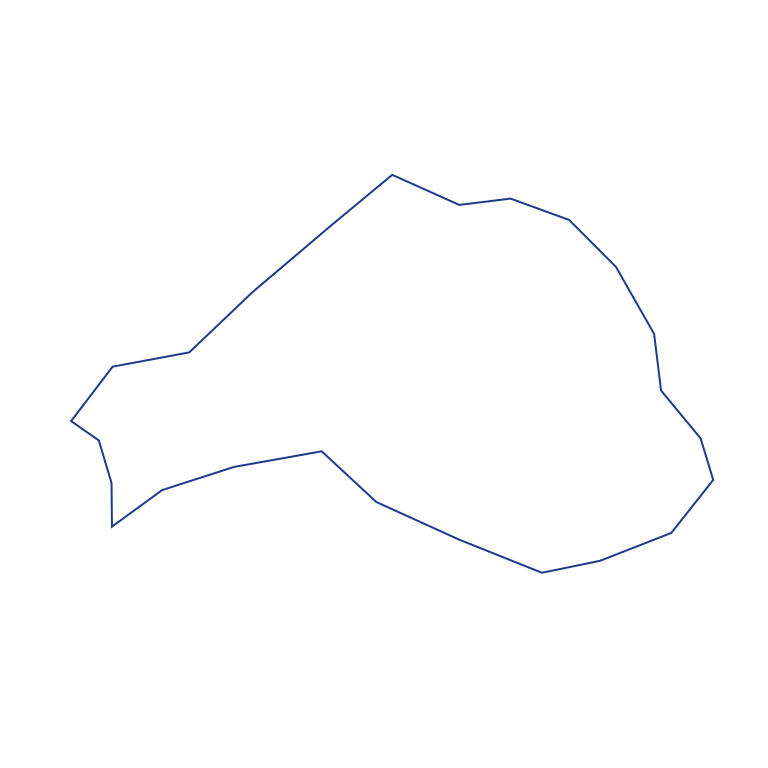 map outline of Miskolc (Equal Earth projection), rotated 353°
{"feature_id": "HUN-4922", "entity_name": "Miskolc", "entity_type": "Urban county", "adm_level": 1, "iso_a3": "HUN", "parent_name": "Hungary", "parent_adm1": "", "projection": "equal_earth", "projection_center": [20.688, 48.113], "detail": "fine", "context": "isolated", "style": "outline", "palette": "blue", "viewbox_px": 768, "rotation_deg": 353, "n_neighbors": 0, "source": "natural_earth", "source_scale": "10m", "svg_char_len": 474}
<svg xmlns="http://www.w3.org/2000/svg" viewBox="0 0 768 768"><g transform="rotate(353 384 384)"><path d="M96.6,492.4L101.5,449.2L94.1,405.3L68.9,382.7L116.8,333.7L194.5,328.9L264.8,276.7L351.0,220.1L417.6,177.4L480.5,215.4L532.2,215.4L587.8,243.8L628.5,296.0L658.2,367.2L658.2,424.2L691.6,476.5L699.1,519.3L651.0,566.8L576.9,585.8L517.7,590.6L439.9,547.8L362.1,500.3L313.9,443.2L225.1,448.0L151.0,462.2L96.6,492.4Z" fill="none" stroke="#1e3a8a" stroke-width="2"/></g></svg>